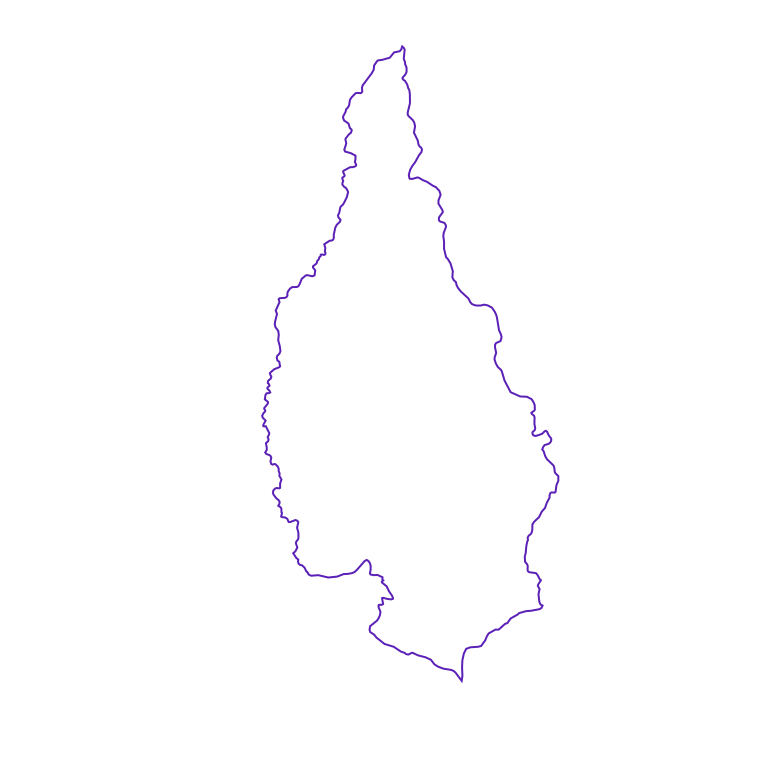 the district of Linares, Nariño, Colombia, rotated 337°
{"feature_id": "7082276B86818396743416", "entity_name": "Linares", "entity_type": "district", "adm_level": 2, "iso_a3": "COL", "parent_name": "Colombia", "parent_adm1": "Nariño", "projection": "orthographic", "projection_center": [-77.518, 1.405], "detail": "fine", "context": "isolated", "style": "outline", "palette": "violet", "viewbox_px": 768, "rotation_deg": 337, "n_neighbors": 0, "source": "geoboundaries", "source_scale": "gbopen_adm2", "svg_char_len": 6150}
<svg xmlns="http://www.w3.org/2000/svg" viewBox="0 0 768 768"><g transform="rotate(337 384 384)"><path d="M443.4,649.9L441.9,648.1L441.9,645.1L444.0,638.0L447.1,633.5L446.7,630.0L447.6,628.8L451.8,625.9L451.1,624.7L450.7,619.8L450.0,617.5L444.2,614.0L443.4,612.8L443.5,611.2L445.2,607.7L445.3,605.9L444.4,602.8L446.1,598.0L448.3,595.1L451.8,588.6L454.3,585.0L455.5,584.0L456.3,581.4L457.9,580.2L460.4,579.5L461.8,578.5L463.4,576.5L465.7,571.3L468.3,569.5L474.8,567.1L479.4,563.1L483.8,561.0L487.4,557.0L492.0,553.3L492.9,551.1L494.7,549.3L496.0,549.3L498.7,550.7L499.7,550.4L503.3,544.4L506.6,541.3L508.5,536.9L506.9,533.1L506.8,531.9L508.1,527.3L508.2,525.3L504.6,516.8L504.2,513.0L504.7,508.4L504.1,506.1L506.0,504.1L508.0,503.0L512.4,503.4L514.2,502.8L515.7,501.6L516.6,499.6L515.6,495.8L515.5,491.8L514.8,490.4L513.5,490.3L510.1,491.6L505.6,491.4L502.8,490.9L501.3,489.4L501.3,487.5L502.0,486.3L504.6,485.4L505.8,484.1L506.9,479.4L509.6,473.5L509.7,471.7L508.4,469.4L508.4,468.1L512.1,467.2L512.9,466.4L514.5,462.2L514.5,458.7L513.9,455.6L510.6,451.6L504.5,448.7L497.4,441.1L496.3,427.9L497.4,418.3L497.2,416.7L495.4,412.8L495.0,408.9L495.3,404.7L496.3,402.7L499.4,399.2L500.5,393.7L501.6,391.2L503.2,390.1L508.0,390.0L510.5,386.9L511.0,384.0L510.9,379.3L513.7,368.0L514.3,364.5L514.2,360.9L513.2,355.9L510.1,352.1L507.2,350.1L503.6,349.5L499.6,347.8L497.7,346.4L496.1,344.6L495.4,342.4L495.1,338.2L490.8,328.7L489.7,324.6L489.4,321.7L490.0,318.3L488.8,315.7L488.6,312.5L491.4,307.1L492.1,301.1L492.3,298.7L491.5,293.4L490.7,291.6L492.1,283.0L494.8,276.7L496.4,271.0L498.0,268.2L502.3,263.8L503.0,262.0L502.5,259.2L499.2,256.4L498.6,255.3L498.7,254.1L499.8,252.1L505.4,248.7L505.7,246.9L504.6,239.2L505.9,236.3L510.1,231.9L510.4,227.8L508.6,222.9L506.6,220.8L502.6,214.7L499.5,211.6L496.6,207.7L495.4,206.9L490.3,206.3L488.0,205.2L487.8,204.3L488.6,201.1L491.8,197.0L495.5,194.2L499.2,192.1L505.6,187.1L509.0,185.2L510.6,183.0L510.5,180.8L509.6,179.2L509.3,177.3L510.2,173.0L509.8,164.3L513.3,158.9L514.0,155.1L513.6,152.3L511.3,147.0L511.1,145.2L512.0,143.2L517.6,135.7L521.1,127.2L522.1,123.4L521.9,120.9L522.4,117.5L521.8,113.2L520.7,111.6L520.4,110.1L520.8,109.3L524.5,107.5L526.5,105.8L527.2,104.5L528.4,101.4L528.4,97.8L529.1,96.0L529.2,92.5L533.7,84.2L533.5,82.2L532.6,80.4L530.6,82.8L528.4,83.8L522.8,82.7L516.8,85.9L509.0,84.9L505.0,83.8L503.8,84.1L499.4,86.9L497.3,90.7L494.4,93.0L481.0,100.8L479.5,102.6L478.4,106.0L477.7,106.8L476.2,107.2L473.0,105.5L471.3,105.3L466.3,107.4L463.7,109.1L460.8,113.8L458.8,115.4L456.4,116.4L455.0,118.4L451.1,121.6L450.3,123.0L450.2,125.8L453.1,130.4L452.6,135.0L453.5,137.0L453.3,138.1L451.6,139.9L449.5,140.4L444.6,143.0L444.0,143.9L443.3,147.8L439.0,152.8L439.0,154.8L443.7,158.6L447.0,162.7L445.2,166.6L444.0,168.0L444.0,171.5L443.4,172.2L442.1,172.4L440.4,172.3L437.5,171.2L429.7,172.0L429.2,173.1L429.3,176.6L428.6,177.3L426.3,177.8L425.8,178.8L425.8,181.2L424.2,182.8L423.6,184.2L424.4,187.0L425.7,188.9L426.0,192.6L425.6,193.8L422.6,197.7L418.2,201.4L416.5,202.7L413.1,204.0L409.6,209.0L407.5,210.8L407.2,212.9L408.1,216.0L406.9,217.4L402.7,219.0L400.2,221.1L396.0,227.1L394.9,230.0L393.5,231.3L392.2,231.5L389.8,230.9L383.6,232.0L383.1,236.0L381.3,238.9L381.4,240.3L380.6,241.6L379.2,241.8L377.6,240.5L376.3,240.3L375.7,241.5L374.0,242.1L372.7,243.7L370.6,244.7L369.0,246.7L364.6,247.9L364.2,249.2L365.1,252.6L362.5,256.9L360.0,256.8L355.9,253.8L354.4,253.5L349.3,255.1L345.4,259.1L343.2,260.6L341.6,260.6L337.2,258.9L334.5,259.6L331.6,261.4L330.3,263.1L329.6,265.0L328.1,265.9L326.4,266.0L321.6,264.3L320.2,264.7L319.8,267.8L313.0,274.1L312.9,277.7L307.9,284.3L306.7,286.6L306.3,289.4L307.4,293.8L306.3,297.7L303.7,302.4L302.9,308.3L301.5,313.3L299.5,315.3L296.8,316.3L295.5,317.9L295.1,320.7L296.3,322.6L295.2,327.2L294.3,327.6L288.7,327.5L283.3,329.3L283.0,330.0L283.1,333.4L281.8,334.8L278.6,335.8L277.4,337.7L278.1,339.3L277.9,340.9L275.4,341.7L275.0,342.3L274.9,343.3L275.9,345.0L276.0,347.3L274.8,347.5L272.3,346.7L270.6,347.8L268.3,351.6L270.1,354.9L270.0,355.8L269.0,356.9L264.6,359.2L264.0,360.1L264.4,361.7L264.0,362.7L261.4,363.9L259.4,365.7L259.2,367.5L260.7,371.5L257.2,374.2L256.4,375.3L256.8,376.0L258.7,376.7L259.2,384.4L258.2,385.8L256.2,387.4L256.1,389.9L255.0,391.4L252.2,392.3L251.3,396.5L250.3,398.9L247.9,400.6L248.4,402.5L250.8,404.7L251.4,405.8L251.5,407.7L249.2,411.0L249.0,413.6L250.0,414.7L251.8,414.8L252.7,415.4L253.9,418.3L254.0,420.6L253.0,423.2L253.0,425.5L251.8,427.6L252.3,431.9L249.6,434.8L247.8,439.0L246.7,439.1L244.6,437.8L242.9,437.7L240.6,438.7L239.2,440.8L239.1,442.7L240.2,447.1L241.6,449.7L241.9,451.5L241.1,453.2L239.1,454.8L240.6,457.0L240.8,458.7L239.5,462.0L239.7,463.0L237.5,465.8L238.8,467.2L240.6,468.0L242.3,470.3L242.3,473.6L242.6,474.0L243.6,474.4L249.3,474.6L250.7,475.9L251.1,477.2L251.1,477.8L247.8,482.4L247.2,487.0L245.4,491.7L244.3,493.3L241.6,494.9L240.7,496.0L240.3,500.7L237.0,503.4L234.3,504.3L235.3,509.9L236.5,512.1L235.4,514.0L235.2,515.9L236.1,517.8L237.7,518.9L239.1,522.0L239.3,526.2L239.9,526.9L240.2,529.9L242.0,532.0L248.8,534.3L257.2,540.4L265.7,543.0L272.6,543.2L276.3,544.6L280.6,545.6L283.2,545.6L286.5,544.5L297.0,539.4L299.3,539.2L300.4,540.6L301.0,543.1L300.8,545.8L299.2,549.6L297.1,552.7L297.1,554.0L299.7,555.9L303.4,557.2L307.1,561.3L306.1,563.4L306.6,564.5L304.7,565.1L304.6,566.0L307.4,571.3L307.6,576.6L308.7,582.1L308.6,584.7L308.1,585.3L306.3,585.0L303.3,583.3L299.7,580.5L298.5,580.4L297.2,586.2L295.8,586.4L293.2,585.3L292.4,585.7L291.8,587.6L291.7,592.5L289.7,595.5L287.7,597.4L285.1,599.1L276.6,601.5L274.6,604.7L274.4,607.0L277.0,610.9L278.0,614.5L282.9,623.5L290.2,629.6L295.0,636.9L297.9,639.5L298.8,641.3L300.8,642.6L304.4,642.3L305.4,642.7L309.3,647.1L315.2,651.6L319.4,656.1L320.9,661.8L323.4,665.4L327.4,669.2L334.2,673.5L336.1,675.5L337.1,677.7L339.5,687.6L342.2,683.2L345.0,675.7L348.1,669.1L352.2,663.3L356.2,659.9L360.5,660.1L368.1,662.7L371.0,663.1L376.9,659.6L380.3,656.3L382.9,654.5L390.6,653.6L393.5,654.9L401.7,652.1L404.1,652.3L409.0,649.3L417.1,648.4L418.8,647.7L426.0,648.6L430.8,650.2L439.1,652.0L441.4,651.7L443.4,649.9Z" fill="none" stroke="#5b21b6" stroke-width="2"/></g></svg>